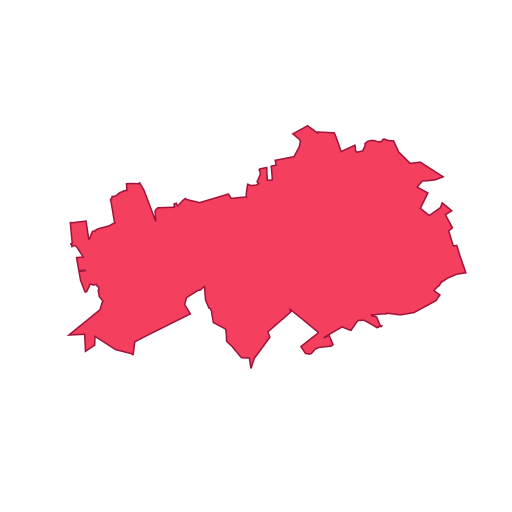 La Colorada, Sonora, Mexico, rotated 163°
{"feature_id": "50627088B56530364421655", "entity_name": "La Colorada", "entity_type": "district", "adm_level": 2, "iso_a3": "MEX", "parent_name": "Mexico", "parent_adm1": "Sonora", "projection": "orthographic", "projection_center": [-110.323, 28.724], "detail": "fine", "context": "isolated", "style": "filled", "palette": "rose", "viewbox_px": 512, "rotation_deg": 163, "n_neighbors": 0, "source": "geoboundaries", "source_scale": "gbopen_adm2", "svg_char_len": 4249}
<svg xmlns="http://www.w3.org/2000/svg" viewBox="0 0 512 512"><g transform="rotate(163 256 256)"><path d="M237.1,148.2L236.7,148.3L233.9,146.6L231.6,146.5L226.8,149.5L222.5,150.2L221.1,149.9L217.0,149.1L210.7,147.8L208.2,148.6L209.3,158.6L215.4,158.0L212.8,158.7L194.5,163.0L187.0,157.0L180.5,162.2L179.1,163.3L176.5,164.6L175.7,164.1L171.8,163.2L171.0,162.5L169.2,160.7L166.2,157.5L162.5,153.6L162.3,153.3L161.6,152.2L160.0,152.0L159.9,152.8L156.8,151.9L156.2,152.4L157.5,152.8L158.5,162.4L162.4,164.8L162.9,165.1L162.4,166.0L160.4,165.1L155.7,164.5L153.4,164.0L148.0,162.5L147.7,163.1L136.2,157.9L134.9,157.5L134.5,157.4L121.4,155.7L115.6,156.9L96.9,160.7L91.5,165.0L96.0,170.9L92.0,173.3L89.3,174.2L85.9,177.4L85.4,176.9L79.4,178.8L79.2,178.8L76.0,179.2L69.2,179.9L60.2,178.6L60.9,196.6L60.9,200.6L60.9,201.1L60.9,207.4L64.0,207.9L64.3,208.2L64.4,212.7L64.4,221.3L64.4,223.6L59.9,225.6L62.8,240.1L55.6,242.0L59.2,247.6L62.4,252.4L65.4,248.4L74.9,245.2L78.5,244.1L79.1,245.0L84.9,253.5L73.2,266.0L80.5,273.6L81.5,274.6L81.7,274.8L75.0,279.1L68.9,277.6L62.2,276.4L61.2,276.5L53.9,277.0L67.8,293.4L71.4,297.7L81.1,299.4L81.4,299.5L88.9,313.3L89.1,313.5L90.8,325.9L95.6,327.7L97.1,328.8L99.4,330.5L100.9,330.3L102.0,328.8L106.1,329.6L109.7,332.1L111.0,332.2L111.3,332.7L115.7,333.0L119.0,331.6L119.1,330.0L123.3,325.3L129.5,325.8L129.9,328.0L129.0,332.2L129.1,333.1L129.6,332.9L130.2,332.9L135.7,332.1L138.2,331.8L141.8,331.3L144.0,330.9L144.7,346.9L145.1,350.9L160.4,356.4L160.9,356.6L161.1,355.6L161.4,356.0L162.5,357.2L164.1,359.7L164.4,359.9L168.6,365.5L185.1,362.0L180.3,354.8L180.1,352.6L181.3,350.2L182.0,348.7L183.5,347.0L190.6,339.9L201.4,341.0L209.7,341.9L210.2,337.0L215.2,337.5L216.1,332.9L218.1,324.0L223.1,325.1L219.9,337.5L226.9,338.2L227.9,337.3L227.5,335.5L228.1,332.7L233.3,326.6L232.4,324.5L233.0,324.4L234.3,323.9L235.1,323.7L235.7,323.7L237.2,324.3L239.1,324.5L239.6,324.7L240.2,325.0L240.9,325.3L241.5,325.9L241.7,326.1L241.8,326.3L242.3,326.6L242.5,326.8L243.0,327.1L243.5,326.1L247.5,317.6L247.8,315.2L254.4,316.7L260.3,317.8L262.8,318.3L264.3,323.4L267.5,323.4L267.8,323.4L270.4,323.4L277.0,323.4L288.5,323.5L294.3,323.5L304.6,329.6L305.9,330.4L306.6,331.7L307.5,331.4L309.6,330.6L316.0,326.9L316.7,327.3L316.7,329.8L318.9,329.8L319.1,329.7L319.7,326.5L328.6,328.9L335.7,330.8L337.7,329.9L339.3,328.7L341.8,318.2L342.7,332.9L343.6,347.0L343.9,351.3L344.0,352.2L345.7,359.3L345.9,360.0L347.5,359.5L352.7,361.4L358.7,363.0L360.3,356.5L360.8,357.0L361.0,356.9L361.7,356.6L362.8,356.7L363.3,357.1L364.0,356.9L365.3,356.5L366.0,356.5L367.9,356.5L368.2,356.1L370.1,355.6L371.2,354.8L372.3,354.6L372.9,354.6L373.2,354.6L374.0,354.5L376.2,355.0L377.3,353.1L378.6,352.8L379.0,349.1L379.2,346.8L379.4,345.2L381.4,330.4L381.1,328.9L381.8,329.0L388.0,327.8L393.8,328.0L398.8,328.2L402.2,327.6L402.3,327.5L402.4,327.3L402.6,327.0L405.1,327.4L408.8,322.9L409.0,322.5L409.9,321.5L409.9,321.3L410.0,321.3L411.0,321.2L408.3,339.1L420.8,341.3L423.8,342.2L424.5,338.9L428.1,321.6L429.5,321.8L429.3,318.7L427.5,319.1L425.7,318.8L425.0,317.4L424.7,316.7L422.8,310.0L421.9,307.0L421.5,305.5L428.1,307.0L429.7,293.8L423.7,292.5L423.6,291.9L429.8,293.0L429.8,292.8L430.9,284.0L430.0,271.5L428.3,271.5L422.6,277.7L419.9,275.7L416.9,275.5L416.6,273.4L415.6,272.5L416.0,269.7L417.0,269.1L417.7,262.9L415.5,257.4L416.8,256.5L420.8,250.3L426.2,248.1L432.9,245.3L447.2,239.6L458.1,235.1L455.2,234.4L442.7,231.2L447.0,214.7L436.3,217.9L433.5,226.2L428.4,220.3L418.4,208.4L417.5,207.4L403.8,199.1L403.5,198.7L403.2,198.3L403.0,197.9L402.9,197.8L402.8,197.7L402.5,197.7L402.2,197.8L397.0,209.4L380.4,212.4L372.8,213.6L371.8,213.8L358.2,216.1L335.7,219.8L338.4,230.4L334.6,236.5L324.3,239.3L321.0,240.2L319.6,239.6L315.2,241.6L314.2,241.8L315.7,235.2L317.1,228.7L316.2,219.9L315.1,219.2L314.6,216.0L315.0,214.9L316.2,204.8L306.5,195.1L307.1,190.7L308.3,185.9L309.1,183.2L307.0,179.4L306.9,179.3L305.3,176.5L302.1,168.7L299.7,163.0L292.2,160.3L292.7,157.0L293.7,149.9L289.7,155.6L287.7,158.5L266.5,174.2L266.8,180.0L254.9,185.3L254.6,185.4L254.3,185.6L254.2,185.6L252.0,186.6L246.5,189.0L238.9,192.5L239.4,195.8L238.0,193.6L230.7,182.9L219.0,165.2L219.1,164.9L219.3,164.1L239.6,156.3L237.1,148.2Z" fill="#f43f5e" stroke="#9f1239" stroke-width="1.5"/></g></svg>